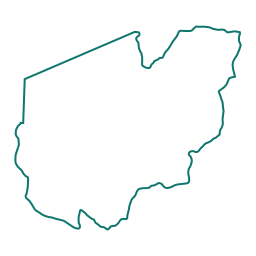 Liure, El Paraíso, Honduras
{"feature_id": "27666195B78599057689965", "entity_name": "Liure", "entity_type": "district", "adm_level": 2, "iso_a3": "HND", "parent_name": "Honduras", "parent_adm1": "El Paraíso", "projection": "orthographic", "projection_center": [-87.049, 13.55], "detail": "fine", "context": "isolated", "style": "outline", "palette": "teal", "viewbox_px": 256, "rotation_deg": 0, "n_neighbors": 0, "source": "geoboundaries", "source_scale": "gbopen_adm2", "svg_char_len": 5811}
<svg xmlns="http://www.w3.org/2000/svg" viewBox="0 0 256 256"><path d="M197.5,151.8L198.0,151.5L198.5,151.1L199.0,150.5L200.7,148.3L202.3,146.9L203.1,146.0L204.3,144.6L205.2,143.8L206.0,143.3L207.5,142.7L209.0,142.1L210.6,141.2L211.7,140.4L212.5,139.5L213.2,138.9L214.0,138.5L215.3,138.0L216.2,137.4L218.4,135.5L219.4,134.8L219.6,134.5L219.8,132.0L219.9,131.3L220.1,130.5L220.5,129.5L221.4,128.1L221.9,126.9L222.5,125.5L222.7,124.6L222.8,123.7L222.8,122.7L222.6,120.3L222.6,118.6L223.6,111.0L223.0,107.3L222.8,104.7L222.6,102.8L222.4,101.9L222.2,101.2L221.4,99.4L220.9,97.3L220.6,96.6L219.6,93.8L218.9,92.1L218.8,91.8L218.8,91.5L218.9,91.2L219.7,90.6L224.1,87.2L225.5,85.7L226.2,84.9L226.6,84.3L226.9,83.8L227.6,81.9L228.6,79.7L229.2,78.6L229.6,78.1L230.0,77.9L232.1,77.3L235.0,76.7L234.6,75.0L233.4,70.4L232.9,68.0L232.7,66.0L232.6,64.9L232.7,63.9L232.8,63.1L233.0,62.2L233.4,61.1L233.8,60.2L234.2,59.4L236.4,56.1L237.3,54.4L239.2,50.0L239.5,49.1L239.7,48.2L240.0,47.7L240.6,45.5L240.6,44.8L240.4,44.2L239.9,43.1L239.5,42.3L239.2,41.3L239.0,40.5L239.0,37.6L239.1,36.9L239.2,36.1L239.6,34.6L240.1,33.6L239.8,32.2L237.1,31.7L235.3,31.4L234.7,31.4L232.7,31.6L228.4,32.3L227.7,32.3L227.2,32.2L226.9,32.0L224.8,30.3L224.2,29.9L223.8,29.7L221.5,29.6L218.7,29.8L217.2,29.7L215.1,29.3L213.3,28.9L211.9,28.4L209.9,27.5L208.9,27.2L203.9,26.7L201.6,26.7L198.5,26.8L197.0,26.5L196.6,26.6L196.1,26.7L195.8,26.8L195.2,27.3L194.5,27.8L191.9,30.4L191.7,30.6L191.4,30.7L189.6,31.0L186.9,31.0L185.3,31.0L182.6,30.8L181.2,30.8L180.5,30.9L179.8,31.1L179.5,31.2L179.2,31.4L178.8,32.0L177.9,33.8L177.0,36.0L176.7,36.5L174.7,39.0L172.6,41.9L170.2,46.0L168.3,48.8L167.5,49.9L166.1,51.2L165.5,52.0L164.0,54.7L163.1,56.7L162.7,57.4L162.5,57.6L162.2,57.7L161.3,58.0L160.9,58.0L160.2,57.8L159.8,57.9L159.3,58.2L158.6,58.9L158.0,59.4L156.0,60.4L154.3,61.1L154.1,61.4L153.8,62.2L153.4,62.8L152.9,63.3L152.0,64.0L151.7,64.4L151.4,64.8L150.8,66.2L150.4,66.9L150.0,67.4L149.6,67.8L149.3,68.0L149.0,68.0L148.4,68.1L147.6,68.0L146.9,67.9L146.0,67.6L145.2,67.3L144.1,66.7L143.3,66.2L142.4,65.5L142.2,65.1L142.1,64.5L142.1,62.5L142.2,58.4L142.2,57.5L142.1,56.6L141.6,54.8L141.4,53.5L141.3,53.1L140.7,52.2L140.2,51.3L139.6,49.8L139.0,48.5L138.9,47.6L138.7,45.7L138.5,44.2L138.3,43.1L138.2,42.4L138.0,42.0L137.3,41.3L136.9,40.7L136.4,39.7L136.2,38.9L136.2,38.5L136.3,38.1L136.4,37.8L136.8,37.3L137.7,36.4L138.8,35.7L139.2,35.2L139.4,34.8L139.5,34.4L139.5,33.9L139.4,33.6L139.3,33.2L139.1,32.7L138.9,32.5L138.7,32.4L137.9,32.2L134.7,31.9L24.7,79.1L23.2,123.0L20.7,122.9L20.7,123.3L20.4,123.7L19.5,124.7L18.3,125.8L17.8,126.4L17.2,127.4L16.7,128.4L16.4,129.1L16.1,129.8L15.9,130.7L15.8,131.6L15.7,132.9L15.7,133.6L15.8,134.4L16.0,135.2L16.5,136.1L16.8,136.7L17.7,137.7L18.1,138.3L18.4,139.0L18.5,139.5L18.6,141.6L18.8,143.3L18.8,144.2L18.8,145.0L18.4,146.4L16.1,153.3L15.7,154.9L15.5,156.5L15.4,158.8L15.4,160.6L15.5,161.9L15.7,162.9L16.1,163.9L17.0,165.5L17.8,166.7L18.5,167.4L19.6,168.6L20.2,169.1L20.9,169.5L21.2,169.9L22.0,171.1L23.5,173.6L24.4,174.8L25.2,175.6L25.9,176.2L26.5,176.5L27.1,176.8L27.4,177.0L27.8,177.3L27.9,177.7L28.1,178.5L28.1,179.7L27.9,183.3L27.8,186.7L27.6,188.4L26.7,193.1L26.3,194.3L25.9,195.2L25.7,195.7L25.7,196.2L25.7,196.7L25.8,197.1L25.9,197.4L26.2,197.9L26.6,198.4L29.3,200.8L29.8,201.4L31.5,203.9L34.4,208.7L34.9,209.4L35.3,209.9L35.7,210.3L36.7,211.0L39.8,212.9L41.8,214.3L42.9,214.9L44.1,215.5L45.9,216.2L48.0,216.8L49.9,217.2L52.3,217.6L52.9,217.8L54.2,218.3L55.2,218.6L58.0,219.3L62.1,220.3L63.7,220.8L64.2,221.0L65.0,221.5L71.0,225.6L73.5,227.2L74.8,227.8L76.1,228.3L77.4,228.6L78.1,228.6L78.9,228.4L79.4,228.1L79.7,227.7L79.9,227.1L79.9,226.1L79.7,224.9L79.4,224.2L78.9,223.3L78.7,222.6L78.6,220.3L78.6,218.0L78.7,216.8L80.0,211.1L80.1,210.6L80.4,210.1L80.6,210.0L80.8,210.0L81.1,210.1L82.0,210.6L84.3,212.3L85.1,213.0L85.9,213.8L86.3,214.3L87.0,215.2L88.7,216.4L90.5,217.9L91.1,218.3L92.0,218.8L93.0,219.3L94.0,219.7L94.2,219.9L94.4,220.6L94.9,221.7L95.3,222.3L95.6,222.7L96.3,223.3L97.4,224.0L98.6,224.9L99.5,225.7L100.4,226.6L100.9,226.8L102.2,226.9L103.9,227.3L105.4,228.1L106.5,229.0L107.0,229.3L107.5,229.5L107.9,229.4L108.7,228.8L109.6,228.0L109.7,227.5L110.2,227.0L110.6,226.7L111.2,226.3L111.7,226.1L112.2,226.0L113.7,225.9L114.9,225.8L115.3,225.6L116.0,225.2L117.0,224.4L118.2,223.2L118.7,222.6L119.4,221.5L120.1,220.5L120.8,219.6L121.3,219.2L121.6,219.1L122.3,219.0L123.8,218.9L124.5,218.9L125.5,219.1L125.9,219.1L126.5,218.9L126.9,218.5L127.2,218.1L127.3,217.5L127.3,217.0L127.2,216.2L127.3,215.7L127.8,213.8L129.0,209.0L129.2,207.1L129.5,205.7L129.8,204.8L130.6,202.5L131.5,199.9L131.8,199.3L132.9,198.0L133.5,197.3L134.4,196.7L134.7,196.3L135.9,194.0L136.7,191.9L137.3,190.8L137.6,190.3L138.0,189.9L138.8,189.2L139.8,188.8L141.4,188.4L143.2,188.2L146.3,188.1L147.4,188.0L148.9,187.7L149.4,187.5L149.7,187.3L150.7,186.3L151.3,185.9L152.1,185.6L153.4,185.6L154.1,185.4L156.1,184.5L157.9,183.4L158.2,183.2L158.7,183.1L159.3,183.1L160.1,183.3L160.7,183.5L161.3,183.8L161.8,184.1L162.2,184.5L162.4,184.8L162.9,185.6L163.3,186.1L163.9,186.7L164.5,187.2L165.2,187.6L165.8,187.8L166.3,187.9L167.1,188.0L167.9,187.9L168.7,187.8L171.1,187.1L172.2,186.6L173.5,185.9L174.2,185.5L175.5,185.0L176.6,184.7L177.3,184.5L186.6,183.4L187.5,183.1L188.2,182.7L188.6,182.3L188.9,181.6L189.1,181.0L189.2,180.0L189.0,177.2L188.8,176.2L188.5,174.8L188.3,173.8L188.3,171.8L188.5,170.5L188.7,169.4L189.0,168.5L189.4,167.8L190.2,166.5L190.6,165.5L191.5,162.7L191.7,161.9L191.8,161.3L191.7,159.7L191.5,158.7L191.3,158.0L191.0,157.4L190.6,156.8L190.3,156.3L189.6,155.6L189.1,154.9L188.9,154.5L188.9,154.0L188.9,153.7L188.9,153.2L189.1,152.9L189.3,152.5L190.1,151.8L190.9,151.4L192.0,151.1L192.6,151.1L193.4,151.2L193.9,151.3L194.8,151.8L195.9,152.1L196.7,152.0L197.5,151.8Z" fill="none" stroke="#0f766e" stroke-width="2"/></svg>